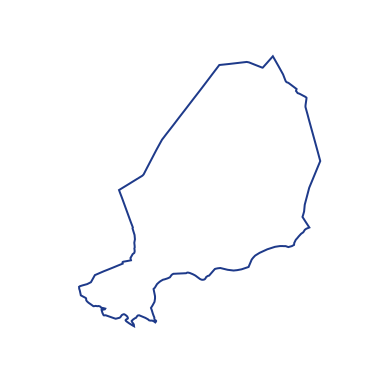 map outline of Niger (Mercator projection), rotated 340°
{"feature_id": "NER", "entity_name": "Niger", "entity_type": "country or territory", "adm_level": 0, "iso_a3": "NER", "parent_name": "Africa", "parent_adm1": "", "projection": "mercator", "projection_center": [6.366, 17.607], "detail": "fine", "context": "isolated", "style": "outline", "palette": "blue", "viewbox_px": 384, "rotation_deg": 340, "n_neighbors": 0, "source": "natural_earth", "source_scale": "50m", "svg_char_len": 3123}
<svg xmlns="http://www.w3.org/2000/svg" viewBox="0 0 384 384"><g transform="rotate(340 192 192)"><path d="M290.1,265.5L286.9,265.6L285.1,266.1L282.8,267.9L280.2,268.6L277.1,270.2L275.1,271.4L273.2,272.4L270.7,274.8L269.8,276.6L267.3,277.0L263.7,276.7L261.5,274.9L256.2,272.9L252.8,272.2L251.2,271.9L243.2,271.6L234.7,272.3L230.3,273.2L229.5,273.4L227.1,274.6L225.0,275.9L219.5,281.8L212.1,281.6L207.8,280.9L204.2,280.0L198.9,277.3L192.6,273.1L190.1,272.5L187.9,272.2L187.1,272.2L179.5,276.4L178.0,276.3L176.2,276.8L175.1,277.8L174.2,278.3L173.3,278.4L172.1,278.2L170.9,277.6L169.7,276.4L166.6,271.7L165.9,270.9L164.6,269.5L162.3,267.4L160.8,266.4L159.9,266.1L158.7,266.3L152.6,264.4L146.5,262.5L145.2,262.7L144.2,263.1L142.1,264.6L139.6,264.8L136.4,264.7L134.7,264.5L131.9,265.0L130.0,265.6L127.6,266.6L124.4,269.2L123.5,269.6L122.7,270.0L121.6,277.3L120.8,279.5L119.2,282.4L116.0,285.2L113.8,286.9L113.8,289.1L113.6,292.8L113.6,295.4L113.7,297.0L113.4,297.8L113.2,298.5L113.3,299.6L113.9,300.1L114.2,300.8L114.0,301.3L112.9,302.0L111.8,300.3L110.4,299.1L108.8,298.6L107.7,297.8L107.1,296.6L105.1,294.3L100.2,289.8L99.8,289.7L99.0,289.5L97.6,290.1L96.8,290.8L96.2,291.1L95.3,291.1L93.0,291.7L91.2,292.5L91.1,293.1L92.0,296.5L91.6,298.3L90.8,297.4L88.1,294.0L86.3,291.4L86.0,290.9L85.7,290.0L85.9,289.6L86.6,289.3L88.3,289.0L88.6,288.7L88.7,288.0L88.5,286.7L87.5,284.9L86.6,283.8L86.0,283.5L85.0,283.5L83.9,283.7L81.9,285.1L81.0,285.4L78.9,285.2L77.0,285.0L75.9,284.2L72.5,281.4L68.7,278.3L67.2,277.9L66.8,277.6L66.5,275.3L66.6,272.5L66.8,271.7L68.4,272.2L70.0,272.4L70.6,271.9L69.2,270.9L67.3,269.8L66.6,268.3L66.1,267.8L65.2,267.2L64.2,267.0L63.2,266.5L62.6,266.1L61.4,265.9L60.3,265.6L58.6,263.1L56.9,260.7L55.9,258.8L55.6,257.6L56.1,255.7L55.6,254.9L53.8,252.9L52.2,251.1L52.6,248.2L52.9,245.9L52.9,244.3L53.2,243.5L53.4,242.5L54.4,242.2L57.0,242.3L62.0,242.7L66.1,242.2L66.3,242.1L69.2,239.6L72.3,236.9L77.1,236.6L82.2,236.3L86.3,236.2L92.2,236.0L96.9,235.8L102.4,235.6L102.6,234.4L102.9,234.1L103.5,234.0L107.5,234.7L111.3,235.3L111.6,233.0L115.0,230.1L116.9,229.5L117.3,229.0L117.9,228.0L118.3,226.5L118.5,225.4L119.2,224.5L119.7,222.9L120.4,220.0L122.2,216.9L123.3,212.8L123.5,208.8L123.7,205.7L124.3,205.1L124.2,199.7L124.2,194.3L124.2,189.7L124.2,183.9L124.2,178.9L124.2,173.4L124.1,168.4L124.1,165.2L128.0,164.4L132.0,163.6L137.8,162.4L144.1,161.1L151.0,159.7L152.6,158.9L157.8,154.1L160.1,152.0L164.8,147.7L168.4,144.4L173.0,140.2L177.8,136.0L181.7,132.6L187.8,128.7L196.9,123.0L206.1,117.1L215.3,111.3L224.4,105.5L233.6,99.7L242.8,93.8L251.9,87.9L261.1,82.0L270.3,84.3L279.1,86.4L287.9,88.5L289.9,89.7L294.6,93.9L300.6,99.2L300.9,99.3L301.1,99.3L306.9,96.2L314.4,92.1L316.3,103.2L317.8,112.7L317.9,118.7L318.0,120.2L318.6,121.3L319.9,122.4L325.5,131.0L324.3,132.6L325.1,135.2L326.6,136.4L331.2,141.5L331.8,142.5L331.5,143.4L328.3,149.4L327.7,150.9L327.1,158.6L326.6,164.0L326.0,171.4L325.3,180.2L324.7,187.7L323.9,197.5L323.1,206.8L318.5,211.8L310.3,220.8L303.6,228.1L300.2,233.0L293.6,242.5L290.7,248.6L288.4,251.8L287.3,253.2L288.3,257.7L290.1,265.5Z" fill="none" stroke="#1e3a8a" stroke-width="2"/></g></svg>